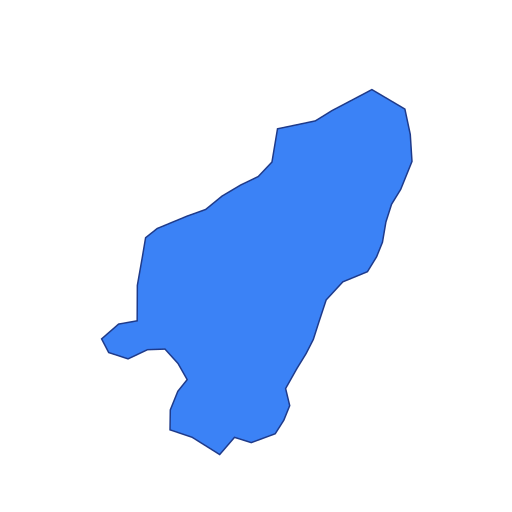 Kouklia Ammochostou, Cyprus (Robinson projection), rotated 202°
{"feature_id": "46923920B61611069046028", "entity_name": "Kouklia Ammochostou", "entity_type": "district", "adm_level": 2, "iso_a3": "CYP", "parent_name": "Cyprus", "parent_adm1": "", "projection": "robinson", "projection_center": [33.759, 35.113], "detail": "fine", "context": "isolated", "style": "filled", "palette": "blue", "viewbox_px": 512, "rotation_deg": 202, "n_neighbors": 0, "source": "geoboundaries", "source_scale": "gbopen_adm2", "svg_char_len": 763}
<svg xmlns="http://www.w3.org/2000/svg" viewBox="0 0 512 512"><g transform="rotate(202 256 256)"><path d="M215.3,58.3L208.0,79.8L190.5,81.2L171.6,98.4L168.7,114.2L168.7,129.9L178.9,144.2L175.9,167.2L173.0,184.3L171.6,200.1L173.0,218.7L174.5,241.6L165.8,264.6L146.8,283.2L143.9,300.4L143.9,316.1L148.3,336.2L149.7,354.8L146.8,372.0L146.8,402.1L158.5,426.5L173.0,448.0L210.9,453.7L240.0,419.3L251.6,403.5L283.7,382.0L276.4,349.1L283.7,330.5L296.8,316.1L309.9,298.9L320.1,280.3L334.6,267.4L357.9,244.5L365.2,231.6L360.8,211.6L355.0,184.3L341.9,151.4L357.9,141.4L368.1,121.3L356.4,111.3L336.1,112.7L321.5,128.5L305.5,135.6L288.0,127.1L273.5,115.6L277.8,101.3L277.8,81.2L270.6,62.6L247.3,64.0L215.3,58.3Z" fill="#3b82f6" stroke="#1e3a8a" stroke-width="1.5"/></g></svg>